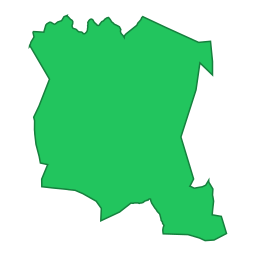 the district of San Agustín Atenango, Oaxaca, Mexico
{"feature_id": "50627088B1343071024100", "entity_name": "San Agustín Atenango", "entity_type": "district", "adm_level": 2, "iso_a3": "MEX", "parent_name": "Mexico", "parent_adm1": "Oaxaca", "projection": "albers", "projection_center": [-97.996, 17.585], "detail": "fine", "context": "isolated", "style": "filled", "palette": "green", "viewbox_px": 256, "rotation_deg": 0, "n_neighbors": 0, "source": "geoboundaries", "source_scale": "gbopen_adm2", "svg_char_len": 2590}
<svg xmlns="http://www.w3.org/2000/svg" viewBox="0 0 256 256"><path d="M212.5,74.6L212.5,61.5L210.5,41.3L198.6,42.4L166.1,27.6L151.4,20.7L143.7,17.1L142.8,16.6L141.7,17.7L140.9,19.7L139.4,21.4L137.9,23.0L136.8,25.3L126.4,33.6L125.5,34.4L124.3,36.1L124.2,36.8L124.2,37.4L123.7,36.7L123.1,35.6L121.9,34.4L121.0,33.3L120.6,32.1L120.4,31.1L120.8,29.5L119.4,26.8L118.2,26.1L115.9,24.9L114.4,24.3L113.1,22.9L112.1,22.3L111.3,21.3L110.7,20.3L110.3,19.6L110.1,19.3L109.7,18.9L108.6,17.5L107.4,17.7L106.4,18.1L105.8,18.7L105.2,18.9L104.5,19.6L103.8,20.5L103.2,21.0L102.4,21.3L101.7,21.7L101.0,22.6L100.0,23.8L99.6,24.8L98.6,25.5L97.2,25.3L96.6,24.4L95.7,23.7L95.0,23.0L94.3,22.4L93.9,21.7L93.5,21.1L93.1,20.2L92.4,19.5L91.5,19.1L90.7,19.2L89.9,19.6L89.0,20.5L87.8,22.4L88.0,24.2L87.6,25.9L87.9,26.9L87.6,28.0L87.5,29.0L87.5,29.6L87.1,31.0L86.8,31.7L85.6,33.0L85.0,33.5L84.6,33.7L84.0,33.8L83.1,33.6L82.7,32.8L81.7,32.1L78.7,31.8L77.3,30.6L76.6,29.7L75.6,29.1L73.2,28.4L72.7,27.9L72.1,26.4L72.1,25.2L72.6,24.1L72.7,23.7L72.8,22.1L72.8,21.6L72.5,21.0L72.0,20.3L71.3,19.8L70.7,19.5L69.8,18.6L68.2,16.8L67.1,16.4L67.3,15.4L64.0,16.7L62.0,20.0L61.5,20.7L57.7,22.0L55.5,23.8L54.3,24.3L50.9,22.3L49.7,22.2L46.9,23.8L45.8,25.1L43.8,32.2L35.9,31.7L33.4,31.6L33.0,32.6L34.0,37.0L30.9,42.2L30.2,44.7L29.7,45.1L29.5,46.5L30.0,45.9L49.5,79.2L39.0,106.1L33.7,117.2L34.6,120.8L34.5,129.9L34.7,131.7L34.8,133.9L36.0,144.3L39.2,156.5L40.4,163.0L47.7,164.6L41.7,179.1L41.7,179.6L41.8,186.7L47.2,187.3L52.3,187.9L65.7,189.2L68.1,189.5L68.3,189.5L68.5,189.6L75.1,190.3L82.8,193.6L96.2,201.2L101.3,208.4L101.3,208.8L100.8,220.8L112.8,215.2L119.6,212.0L130.9,203.1L133.1,203.3L134.6,202.9L138.1,202.9L139.2,203.4L140.4,203.0L141.9,202.9L142.6,202.5L143.0,202.5L144.9,201.0L145.7,200.8L146.1,200.5L146.9,200.5L147.4,200.0L148.1,200.1L148.8,199.2L149.6,198.9L150.5,199.1L150.9,201.1L151.8,203.3L154.9,208.1L155.8,209.1L156.8,210.6L157.2,211.4L159.5,213.8L159.8,214.3L161.0,218.9L161.1,220.2L161.6,221.0L162.3,221.6L162.5,222.9L162.7,223.6L163.7,224.9L164.0,225.4L163.5,226.7L163.1,227.9L162.8,230.1L163.0,232.6L163.2,233.8L188.0,234.6L199.5,238.0L205.1,240.6L214.1,240.0L226.5,233.5L222.0,218.6L221.3,216.5L221.3,216.4L212.2,214.8L212.6,210.1L213.6,201.2L213.2,198.7L212.9,196.8L212.5,195.1L212.6,193.8L212.9,189.0L208.8,182.2L208.7,180.3L208.7,180.2L207.7,181.9L205.7,185.2L203.6,186.2L202.3,186.8L200.4,187.1L198.1,187.5L195.9,187.9L194.8,188.2L193.8,188.0L192.2,187.2L190.1,186.2L189.9,186.2L193.6,179.0L180.9,137.0L196.0,89.9L199.9,62.9L212.5,75.0L212.5,74.6Z" fill="#22c55e" stroke="#15803d" stroke-width="1.5"/></svg>